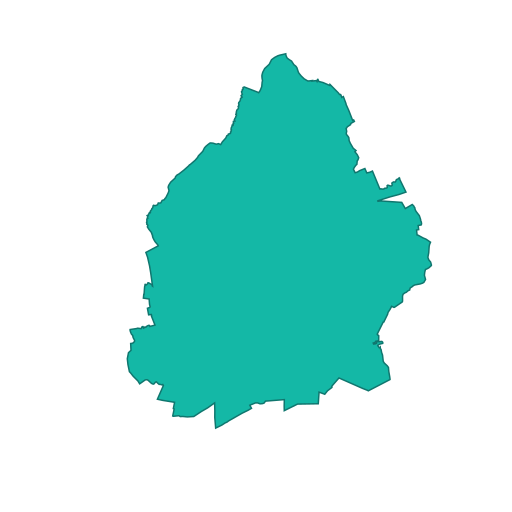 outline of IP, Salaj, Romania, rotated 154°
{"feature_id": "2599482B12205021786957", "entity_name": "IP", "entity_type": "district", "adm_level": 2, "iso_a3": "ROU", "parent_name": "Romania", "parent_adm1": "Salaj", "projection": "orthographic", "projection_center": [22.621, 47.222], "detail": "fine", "context": "isolated", "style": "filled", "palette": "teal", "viewbox_px": 512, "rotation_deg": 154, "n_neighbors": 0, "source": "geoboundaries", "source_scale": "gbopen_adm2", "svg_char_len": 6130}
<svg xmlns="http://www.w3.org/2000/svg" viewBox="0 0 512 512"><g transform="rotate(154 256 256)"><path d="M275.8,367.1L277.1,366.5L283.2,364.8L289.3,363.5L291.5,363.4L293.5,362.6L294.5,361.5L300.3,359.8L303.5,357.8L304.8,356.4L305.6,352.8L307.5,351.0L311.7,347.8L312.4,347.7L313.8,346.8L316.0,347.1L318.2,345.5L319.2,345.7L320.6,346.5L321.9,345.3L322.8,345.2L324.7,345.5L325.8,346.5L326.4,346.3L327.7,344.6L328.9,344.2L329.3,343.6L331.5,342.5L331.6,341.7L332.2,341.2L332.8,341.6L333.3,341.4L333.3,341.0L334.7,340.5L335.0,340.1L335.0,339.6L335.3,339.4L336.0,339.8L335.9,339.2L336.7,338.3L336.6,337.4L337.9,337.1L339.1,334.5L339.6,334.3L339.6,333.2L340.2,332.7L340.2,332.2L339.7,331.3L339.9,330.7L340.9,329.8L340.6,327.1L339.7,323.0L339.9,322.0L339.8,321.5L340.1,320.7L339.9,320.0L340.3,319.3L340.6,317.7L340.6,315.2L340.4,312.9L339.3,308.7L339.4,308.0L353.4,307.5L354.0,302.4L356.0,293.8L358.0,287.1L362.2,274.2L362.4,274.6L362.0,276.0L363.0,277.0L364.1,278.8L364.8,279.3L365.5,278.6L367.1,278.1L368.0,279.1L368.3,278.9L368.2,278.5L368.4,278.1L369.1,277.9L369.9,276.7L373.2,271.0L373.3,271.1L373.7,270.7L375.7,267.5L370.9,264.2L372.9,259.2L373.4,256.7L374.5,256.4L376.5,256.6L378.3,250.2L375.7,249.3L376.0,248.0L376.3,247.9L377.1,238.2L382.3,239.2L382.2,240.2L382.4,240.5L383.2,240.8L385.6,240.7L386.1,240.3L386.3,240.5L387.1,240.5L387.6,241.1L387.9,241.0L388.1,240.5L388.7,240.4L388.8,241.0L388.5,241.9L388.6,242.2L389.5,242.3L391.1,241.1L394.0,243.0L395.3,243.2L401.4,245.1L401.9,244.0L402.1,242.4L402.2,240.5L401.7,238.6L402.2,236.5L402.1,233.5L402.3,233.0L402.6,232.5L404.3,231.8L405.5,231.8L407.0,232.3L409.7,226.0L413.0,225.0L416.7,220.1L418.7,214.5L420.5,207.5L420.0,206.0L419.1,201.8L416.9,195.4L416.6,192.1L409.8,193.2L408.2,192.6L407.5,191.7L405.9,187.6L405.2,186.5L404.3,185.8L403.6,185.8L401.7,186.7L400.7,186.6L400.1,184.8L399.3,183.0L398.6,182.8L396.9,181.3L396.1,181.4L396.0,180.2L407.4,170.5L403.1,167.1L393.3,160.2L397.2,155.1L396.6,154.4L401.0,148.7L400.6,148.2L395.2,146.2L394.5,144.9L392.2,143.9L388.3,141.5L382.3,139.0L373.1,140.2L366.1,140.7L357.6,142.1L360.9,134.8L363.8,129.0L367.7,119.0L360.8,119.0L356.9,119.5L354.9,119.4L352.9,119.8L337.2,120.8L330.8,120.8L326.8,121.1L327.0,124.6L320.9,124.2L319.0,123.3L317.2,121.4L316.6,121.1L314.6,120.4L313.1,120.3L311.1,121.4L293.5,114.5L296.4,108.9L298.4,104.6L283.6,104.7L264.8,95.9L259.0,106.0L254.8,101.6L250.8,103.5L245.7,104.5L245.2,104.8L245.3,105.3L244.4,106.0L234.9,110.0L218.1,90.1L214.7,86.4L214.2,85.6L189.8,86.2L189.6,86.3L188.7,89.0L187.3,93.9L185.8,97.8L186.2,99.9L187.6,103.5L187.8,105.2L187.7,105.9L185.7,111.5L185.4,114.2L184.6,117.1L184.6,117.5L184.9,118.1L184.3,119.6L185.0,119.3L185.6,119.8L185.5,120.3L185.9,122.0L185.6,122.4L183.2,122.5L180.4,121.9L180.0,122.6L180.0,123.3L180.4,124.1L183.4,125.2L183.8,125.7L185.4,125.9L185.9,124.7L187.1,124.7L188.9,125.3L188.8,126.4L187.1,126.1L185.7,126.9L185.2,126.5L184.5,126.6L182.9,126.0L180.6,130.6L180.9,131.4L181.3,131.7L181.4,132.3L181.1,132.8L170.7,140.8L170.1,140.6L163.2,146.0L162.1,147.4L159.2,149.1L156.8,150.8L156.3,151.4L156.2,151.4L154.6,149.4L154.1,149.2L144.6,150.6L144.0,151.3L142.0,155.5L140.7,157.1L138.6,157.6L136.8,157.5L134.7,158.1L132.7,158.1L132.1,159.0L131.3,159.7L128.7,160.0L127.9,160.3L126.1,160.4L120.6,158.9L118.2,158.6L116.7,158.7L113.9,160.6L113.1,164.8L111.4,167.5L109.8,169.4L109.5,169.6L108.1,169.5L105.8,169.6L102.7,170.5L102.3,170.9L101.7,174.0L102.4,176.9L102.1,179.5L99.4,183.1L96.1,188.8L94.9,190.3L93.1,191.9L95.8,196.6L97.9,199.0L101.3,203.8L102.0,204.3L100.3,209.0L98.2,208.4L96.9,212.3L93.9,211.5L93.1,212.3L92.8,213.2L92.5,214.1L92.5,215.7L92.2,216.1L91.9,217.6L91.5,220.7L92.6,226.0L92.6,227.9L92.1,230.0L92.3,230.3L92.3,231.9L93.0,233.8L101.0,233.2L101.5,240.3L119.6,250.7L122.4,251.7L122.3,252.2L122.0,252.2L109.7,250.4L100.5,248.6L93.2,247.7L93.2,261.0L93.1,262.4L92.8,262.9L93.0,263.5L94.4,263.0L96.3,263.1L97.8,261.8L98.5,261.5L100.0,262.3L101.7,262.1L102.0,261.8L102.4,260.3L102.6,259.9L103.4,259.6L104.2,259.8L106.4,261.9L107.3,261.8L108.0,260.0L108.9,259.8L110.8,260.5L111.5,260.2L112.7,260.5L114.4,261.7L115.3,261.9L114.1,281.3L117.0,281.4L120.0,282.1L119.8,286.9L125.3,287.3L128.1,287.0L130.4,287.4L130.4,289.4L130.4,291.2L130.2,291.5L128.5,292.7L126.4,293.8L125.2,294.1L123.3,297.2L122.8,297.3L121.7,298.2L120.6,299.3L120.6,302.6L121.4,306.4L119.9,306.9L121.4,310.3L121.8,315.9L121.7,318.9L120.7,321.6L120.8,323.0L121.4,325.7L121.0,326.9L120.1,327.9L119.8,328.4L119.1,331.2L118.3,331.4L117.3,332.1L113.4,332.6L113.0,333.3L112.4,333.6L108.6,333.8L108.6,335.5L109.7,335.5L108.8,346.1L108.6,352.7L108.3,353.6L107.6,361.0L109.4,360.9L109.1,363.4L109.2,364.1L110.1,364.5L110.5,366.5L114.3,377.8L115.0,377.0L119.7,382.5L123.0,385.3L123.1,385.7L122.9,386.7L123.0,387.7L123.3,387.7L124.7,386.1L124.9,387.2L128.8,388.6L128.4,389.0L131.7,390.1L132.8,390.7L135.1,394.2L136.5,398.1L137.3,401.6L137.3,403.0L136.7,407.3L137.0,409.1L138.1,411.4L138.6,415.6L140.1,418.0L141.1,420.0L141.3,420.9L141.1,423.5L140.6,424.7L146.5,426.1L148.6,426.4L152.3,426.3L156.0,425.6L160.1,422.5L166.0,420.7L169.4,418.2L171.0,416.4L171.7,415.4L172.6,413.2L173.3,410.7L174.3,409.5L176.6,405.7L179.7,402.9L182.0,401.6L183.2,403.1L192.5,413.1L193.8,413.1L194.2,411.8L195.2,411.7L195.9,410.5L196.9,410.2L197.2,409.4L197.4,407.3L199.1,406.7L199.2,406.4L198.8,404.9L199.9,404.7L201.1,404.1L201.6,403.1L202.5,402.3L204.3,401.4L204.9,400.5L205.0,399.3L205.6,399.0L205.9,398.2L206.5,398.2L206.8,396.7L207.2,396.3L209.3,395.5L210.8,393.8L210.9,393.0L211.1,392.7L211.8,392.5L212.1,392.1L211.7,391.4L211.8,391.1L213.0,390.2L213.7,389.4L214.6,388.9L215.8,387.9L215.8,386.5L217.3,386.9L217.6,386.5L217.8,385.2L218.4,385.2L218.4,384.8L219.3,383.6L219.9,384.2L220.1,384.1L220.7,383.1L222.1,382.0L222.7,381.1L222.9,380.9L222.7,380.2L223.6,379.4L223.9,378.8L224.6,378.6L224.8,377.8L225.4,377.4L227.4,377.7L228.1,376.9L229.5,376.9L231.4,375.3L236.1,373.4L238.9,371.6L240.4,373.4L242.7,373.9L245.1,376.2L247.2,377.5L247.9,377.7L250.5,377.2L253.2,376.5L255.0,375.7L258.0,373.4L263.8,371.3L265.3,370.2L268.8,368.7L275.3,367.0L275.8,367.1Z" fill="#14b8a6" stroke="#0f766e" stroke-width="1.5"/></g></svg>